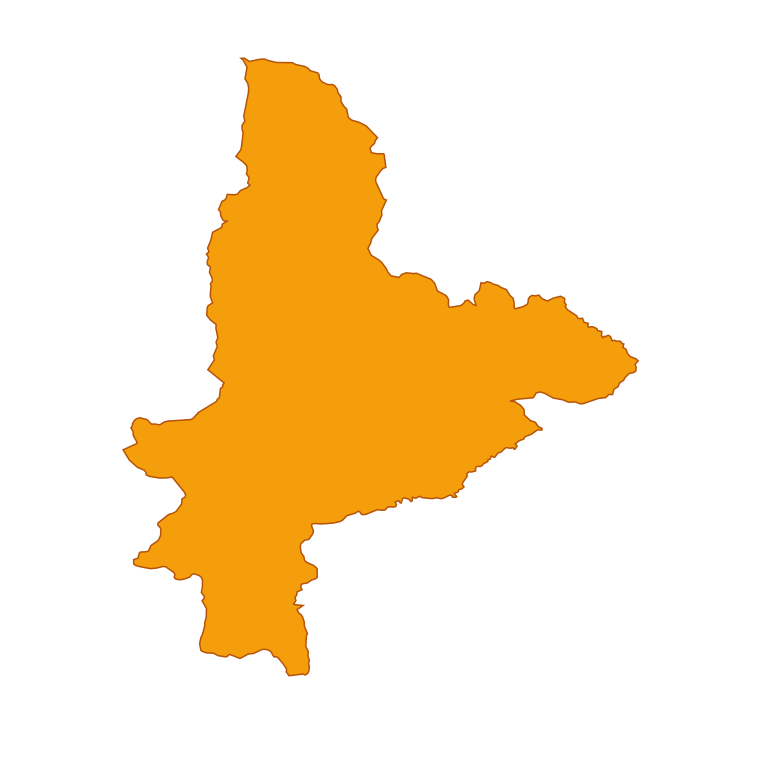 outline of Bac Tra My, Quàng Nam, Vietnam, rotated 279°
{"feature_id": "81297802B65636962466894", "entity_name": "Bac Tra My", "entity_type": "district", "adm_level": 2, "iso_a3": "VNM", "parent_name": "Vietnam", "parent_adm1": "Quàng Nam", "projection": "equal_earth", "projection_center": [108.196, 15.277], "detail": "fine", "context": "isolated", "style": "filled", "palette": "amber", "viewbox_px": 768, "rotation_deg": 279, "n_neighbors": 0, "source": "geoboundaries", "source_scale": "gbopen_adm2", "svg_char_len": 6132}
<svg xmlns="http://www.w3.org/2000/svg" viewBox="0 0 768 768"><g transform="rotate(279 384 384)"><path d="M301.1,140.9L297.8,143.6L293.8,144.5L287.7,149.3L286.4,149.0L278.2,136.6L269.1,144.3L263.2,153.4L261.3,160.8L259.3,162.8L257.0,163.5L256.1,166.7L256.0,177.2L257.4,184.7L259.0,189.3L245.9,203.8L243.1,205.5L241.3,205.3L238.9,202.4L233.8,202.9L225.6,198.6L223.4,195.9L221.5,191.8L211.4,182.5L209.2,182.7L206.9,185.6L205.2,186.5L199.1,187.0L195.9,186.1L193.8,185.1L188.0,179.1L182.5,177.6L181.2,175.8L179.9,169.7L178.7,168.7L173.5,168.3L171.4,164.2L167.0,165.0L166.1,166.5L165.4,171.0L165.1,182.2L166.5,187.8L169.3,194.6L169.3,197.1L164.9,205.9L163.6,207.1L160.1,207.1L158.8,208.7L158.7,210.7L158.9,214.2L161.0,219.0L163.0,222.4L165.8,224.2L166.9,226.0L166.0,231.2L164.7,233.5L162.2,235.3L155.4,236.4L149.5,236.2L145.7,240.0L144.2,240.0L141.5,238.2L134.4,243.8L125.9,244.9L120.3,244.3L117.3,244.8L107.7,243.8L105.0,242.8L98.8,242.5L92.3,244.8L91.7,245.6L90.7,249.8L91.4,257.7L89.7,262.7L89.7,269.8L90.4,271.9L92.4,273.3L92.7,274.4L90.4,284.7L96.0,292.1L97.4,297.2L102.3,304.4L103.3,307.0L103.2,311.6L101.8,314.3L97.3,317.9L97.7,320.5L97.0,322.1L92.5,327.5L87.1,332.5L84.4,332.5L81.0,335.8L84.8,349.1L84.3,351.9L86.7,354.1L88.2,354.6L93.4,354.5L96.0,353.1L99.1,353.6L103.4,351.5L107.9,351.0L112.6,347.8L123.1,346.8L125.6,347.4L132.3,343.3L136.5,342.4L141.2,340.0L143.0,338.4L144.6,335.5L147.5,333.4L152.6,338.7L152.1,331.4L152.5,329.2L156.2,330.9L159.2,329.4L162.0,330.8L164.9,330.6L168.0,335.2L170.9,333.3L173.6,334.0L175.5,339.4L179.0,343.1L181.0,347.0L182.7,348.3L191.3,346.8L193.8,342.8L195.6,336.0L197.2,333.2L201.5,331.6L203.9,328.8L206.5,327.8L211.0,326.7L213.3,327.0L217.4,330.2L218.8,334.1L225.2,337.2L227.5,337.4L232.9,334.5L234.5,335.0L235.3,336.8L236.0,344.2L238.8,355.9L241.1,361.7L242.9,364.3L248.1,367.9L252.0,375.9L254.3,378.5L253.8,380.2L251.7,382.3L251.7,384.2L252.5,386.6L258.9,397.3L258.9,401.4L259.6,404.6L263.3,407.3L264.0,413.0L264.8,414.8L266.8,415.2L269.2,413.5L271.0,416.8L269.1,418.6L269.2,419.7L273.3,420.1L274.6,421.3L274.3,426.2L272.1,429.2L273.3,430.2L276.4,429.7L276.2,433.4L278.6,436.5L277.7,440.1L278.3,449.3L279.9,454.2L279.6,458.1L280.8,461.0L284.7,466.5L284.5,468.3L282.9,469.4L283.3,472.8L284.2,473.4L286.2,471.0L287.3,470.7L288.9,474.0L291.4,474.6L292.5,477.2L294.6,479.0L295.5,478.8L296.7,477.1L298.9,477.2L306.1,480.7L308.1,479.7L310.4,481.5L310.9,484.6L312.5,488.1L315.1,487.6L316.6,488.2L317.4,489.6L317.5,491.9L318.9,493.8L320.9,494.8L323.6,498.6L325.3,498.5L326.2,500.4L329.6,501.3L329.6,502.4L328.7,503.9L329.2,505.0L333.6,507.3L335.1,510.2L340.2,514.2L340.4,519.2L341.3,521.5L339.9,522.8L340.2,523.6L343.6,525.2L345.2,522.9L349.4,526.7L351.4,530.6L354.1,531.6L357.2,537.1L363.0,543.1L362.9,546.1L363.4,547.2L365.0,546.9L366.0,543.1L369.8,539.5L370.9,534.1L375.3,527.6L380.8,526.2L384.3,522.2L387.0,515.7L386.9,511.1L389.9,518.4L393.6,533.0L394.1,533.8L398.9,535.7L400.6,539.4L400.0,543.9L396.6,553.5L396.4,563.0L394.9,569.0L396.2,576.2L395.1,580.7L395.5,583.2L403.4,598.3L405.2,605.0L408.8,607.7L409.4,611.4L414.8,612.0L418.1,615.7L421.8,616.4L425.3,620.2L427.7,620.8L432.7,624.4L434.5,629.0L436.3,630.7L440.0,630.4L442.7,629.0L446.7,631.4L448.3,628.8L449.5,623.4L450.4,621.7L452.8,619.4L456.0,617.7L457.7,614.2L461.0,614.6L461.2,612.9L463.3,610.7L462.7,607.2L463.2,604.6L462.3,602.6L466.2,600.4L467.1,598.1L466.8,596.9L465.6,596.0L465.6,594.3L464.0,593.1L466.0,591.2L469.9,590.9L470.2,586.6L471.9,585.6L473.0,582.4L473.1,580.3L472.1,576.9L473.3,576.1L475.8,576.4L476.2,572.0L480.0,569.8L479.1,566.7L479.3,565.3L481.5,563.6L486.1,553.4L488.9,550.9L490.7,551.6L493.1,549.4L496.6,549.2L498.3,544.8L495.5,538.1L491.5,532.3L493.0,526.7L496.1,523.1L494.7,520.0L494.6,516.3L492.8,514.3L490.7,513.3L486.6,513.5L484.9,512.7L482.1,509.1L478.8,501.7L479.8,500.7L484.5,499.8L488.8,498.1L491.3,494.4L496.4,490.1L497.6,484.6L499.2,481.2L499.7,476.1L500.9,473.1L501.2,469.8L499.1,466.9L499.2,464.0L491.1,463.5L486.6,460.0L482.3,459.6L476.0,462.6L476.5,459.5L479.9,454.3L479.9,453.4L478.7,451.2L476.3,450.2L473.5,447.6L470.0,437.0L470.6,436.0L472.6,435.1L477.3,434.6L480.2,432.4L481.4,430.7L484.2,422.3L491.5,418.2L494.8,414.1L498.5,398.4L497.8,396.6L497.3,388.6L495.2,384.5L491.6,382.3L492.0,374.0L495.1,370.3L498.3,368.2L503.9,362.5L506.0,358.9L509.0,351.4L515.4,346.9L521.1,348.8L525.9,349.2L535.1,354.2L538.5,352.4L540.9,352.2L543.5,353.8L550.6,355.5L554.7,354.4L566.1,357.6L566.6,355.2L567.3,354.3L582.4,344.3L584.1,343.8L587.0,343.9L594.2,347.4L596.6,349.1L598.3,352.0L610.8,348.2L611.4,347.5L610.3,340.9L610.5,335.3L614.7,333.4L615.9,333.7L620.2,337.0L623.0,337.3L626.3,339.0L636.1,326.0L638.5,318.8L639.6,310.7L641.2,307.8L642.5,306.7L649.6,304.2L652.3,300.7L656.5,297.2L660.9,296.6L664.4,293.0L667.8,291.7L671.0,288.4L671.7,286.3L670.9,281.8L672.6,275.8L675.1,272.7L679.2,271.5L680.9,269.8L681.9,262.1L683.9,259.6L685.3,255.8L685.7,247.0L687.0,243.1L684.7,227.1L685.5,218.2L686.3,215.1L685.3,210.5L681.5,200.5L684.0,195.2L683.3,191.9L682.1,194.0L675.5,199.2L663.7,198.9L659.6,202.4L655.7,203.9L650.8,204.5L626.3,203.6L621.9,205.5L617.3,203.3L613.3,204.0L610.0,205.6L596.1,206.1L593.0,206.0L585.5,202.1L581.1,210.3L578.0,214.3L573.6,215.6L570.0,215.2L566.6,218.6L561.1,217.9L559.4,220.4L556.5,218.1L552.6,211.9L548.5,209.5L547.5,206.4L546.7,199.5L542.7,199.1L541.1,198.2L539.0,195.4L530.2,193.3L528.6,195.5L524.8,196.3L520.9,199.1L520.3,200.0L520.3,203.5L516.6,199.2L513.3,199.2L507.0,191.0L498.7,190.4L490.6,188.5L487.2,190.5L484.7,188.3L481.5,191.0L477.4,190.2L474.3,190.9L472.3,194.3L467.0,194.1L461.1,198.0L458.3,198.2L456.1,196.9L453.3,197.9L446.2,198.3L442.7,199.0L437.3,202.0L433.9,198.1L432.1,197.5L424.1,198.1L420.1,202.5L416.5,208.9L412.9,209.2L403.8,212.6L399.0,211.6L395.0,213.5L385.1,211.0L381.3,212.7L370.5,207.8L360.1,225.8L357.3,224.7L356.0,225.2L354.0,223.1L344.6,223.5L343.1,221.9L340.6,221.3L326.5,204.7L325.3,204.9L324.8,203.7L320.8,201.4L318.7,198.9L313.6,176.6L312.3,173.2L308.9,169.3L308.5,167.7L308.7,164.4L308.0,160.7L311.8,155.4L312.5,148.0L310.9,144.9L309.2,143.3L305.8,141.9L302.7,141.9L301.1,140.9Z" fill="#f59e0b" stroke="#b45309" stroke-width="1.5"/></g></svg>